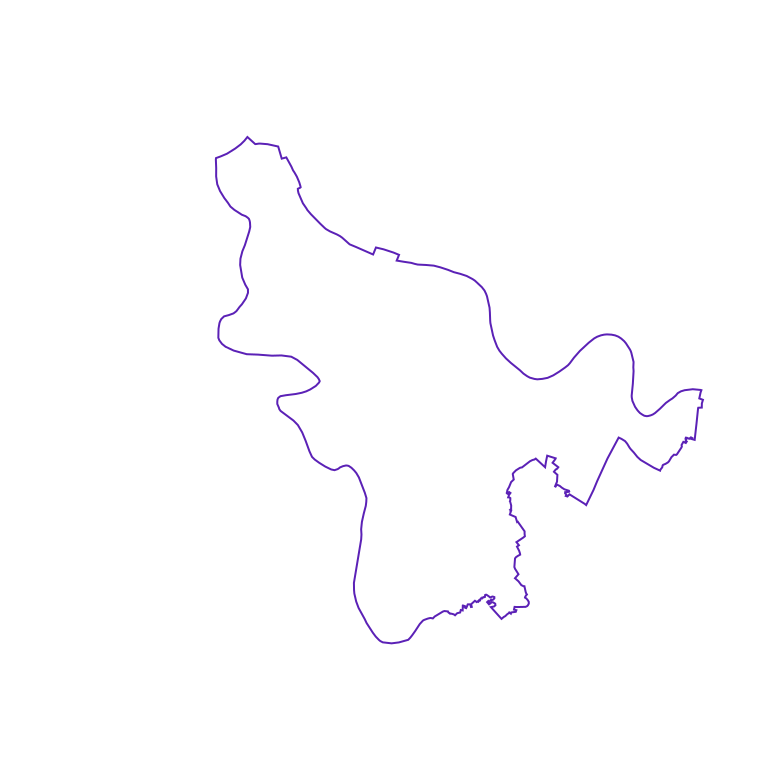 outline of Que Vo, Bắc Ninh, Vietnam, rotated 220°
{"feature_id": "81297802B29506934186430", "entity_name": "Que Vo", "entity_type": "district", "adm_level": 2, "iso_a3": "VNM", "parent_name": "Vietnam", "parent_adm1": "Bắc Ninh", "projection": "albers", "projection_center": [106.153, 21.145], "detail": "fine", "context": "isolated", "style": "outline", "palette": "violet", "viewbox_px": 768, "rotation_deg": 220, "n_neighbors": 0, "source": "geoboundaries", "source_scale": "gbopen_adm2", "svg_char_len": 6154}
<svg xmlns="http://www.w3.org/2000/svg" viewBox="0 0 768 768"><g transform="rotate(220 384 384)"><path d="M155.4,437.5L158.3,446.7L164.9,470.5L169.8,493.8L166.8,494.6L162.6,495.2L159.4,494.6L155.0,493.1L153.3,492.7L148.6,492.1L143.1,491.0L138.5,490.8L123.4,493.3L116.8,495.1L117.2,496.0L117.3,499.0L118.2,500.7L118.2,501.5L117.0,503.8L116.1,506.4L116.0,508.0L116.8,512.9L116.6,514.3L116.5,516.2L114.6,517.5L114.4,518.4L115.3,526.4L115.6,527.5L116.8,528.5L117.5,532.1L114.9,532.8L115.1,534.5L116.3,534.3L116.9,536.0L117.8,535.8L118.2,536.7L117.3,536.9L117.4,537.5L115.0,538.2L114.6,540.4L113.2,540.7L113.2,539.5L110.1,540.9L119.4,554.9L127.8,567.3L128.0,567.8L125.4,570.2L128.0,573.4L129.5,576.9L133.2,575.6L136.1,581.1L136.9,583.3L137.6,583.0L144.1,578.5L149.7,572.5L151.8,569.3L153.1,565.8L153.1,562.6L153.8,558.3L154.6,555.8L155.9,550.7L156.7,542.4L157.7,536.0L158.5,533.4L159.6,531.3L161.2,529.1L162.1,528.2L164.2,527.0L166.4,526.6L169.2,526.3L171.0,526.5L173.0,526.8L177.0,527.9L182.8,530.7L185.6,533.0L186.8,534.3L193.5,544.1L201.1,554.3L203.7,557.0L207.0,561.3L214.6,566.9L216.1,567.8L217.7,568.5L224.8,570.7L227.6,571.2L231.5,571.3L234.9,570.9L238.2,569.8L241.5,568.0L245.1,565.3L247.1,563.3L249.1,560.7L251.1,557.2L252.3,554.0L253.7,547.2L255.2,535.3L255.4,526.3L255.0,519.4L255.1,516.7L255.9,512.9L257.7,506.1L259.9,499.4L262.6,493.9L266.0,489.7L269.6,486.1L272.0,484.6L276.4,482.6L279.4,482.0L283.9,481.6L288.7,481.9L300.3,481.7L307.0,482.0L313.2,482.9L317.0,483.7L321.2,485.2L327.5,488.7L331.7,491.3L341.6,499.0L343.3,500.7L348.9,506.9L352.2,510.3L361.5,517.4L363.8,518.7L367.1,520.2L371.4,521.1L380.8,521.6L383.6,521.3L390.1,519.9L396.4,517.4L402.3,514.6L408.3,512.6L415.8,509.6L421.9,506.7L428.3,502.2L434.9,497.2L437.6,495.8L441.0,494.3L447.0,490.6L453.6,486.7L455.5,492.6L461.2,490.8L470.9,486.9L477.9,483.4L475.6,476.2L493.4,471.0L500.1,468.9L510.1,469.2L512.8,469.0L516.2,468.3L523.4,466.2L528.0,465.4L529.7,465.4L535.8,465.8L549.2,467.1L554.6,468.0L556.2,468.6L562.3,470.3L572.1,475.2L574.2,476.8L575.5,478.2L574.4,480.5L574.3,481.1L575.0,481.7L578.5,484.0L584.0,486.8L588.6,488.5L591.0,489.2L594.7,491.0L604.5,494.8L607.2,490.9L617.7,497.9L627.3,492.9L633.2,488.7L634.4,487.7L636.6,485.2L637.0,485.0L647.4,485.4L647.3,480.6L647.8,475.4L649.3,468.8L652.3,459.5L655.5,453.2L657.9,449.1L657.2,448.0L651.3,441.5L646.0,435.1L640.1,429.8L633.6,426.4L625.8,423.8L620.1,422.5L615.7,421.2L610.5,421.2L601.7,422.3L597.9,423.6L595.3,423.8L593.7,423.7L592.2,422.9L590.6,421.7L587.4,418.3L585.3,414.2L579.8,400.9L577.8,394.6L574.5,387.7L570.7,382.7L561.0,374.4L554.1,370.9L549.1,369.1L546.8,366.4L544.8,360.8L544.1,353.8L544.2,350.1L543.9,345.2L544.1,343.8L544.7,341.3L547.2,337.0L550.0,333.0L550.4,329.1L549.8,326.5L549.2,324.9L546.3,320.0L540.6,312.9L538.2,311.6L533.9,310.6L529.3,310.7L520.6,313.0L508.3,318.6L499.3,325.6L488.0,333.7L481.0,339.9L472.6,345.3L465.9,346.7L445.5,346.9L439.4,346.5L437.2,345.9L435.1,344.9L434.7,343.4L435.0,338.7L437.0,332.4L438.9,328.3L441.3,324.5L445.2,319.6L451.9,312.4L455.5,308.1L456.1,305.4L455.6,303.7L454.5,302.0L452.9,300.1L449.5,298.4L447.9,297.4L445.8,296.9L429.9,297.8L423.6,297.2L415.5,294.3L407.5,290.1L397.8,284.5L392.3,281.9L388.5,281.6L382.9,282.0L375.9,283.0L369.5,284.6L366.5,286.2L364.8,289.0L364.4,290.2L364.1,291.8L362.6,294.7L360.7,297.2L359.2,298.2L358.1,298.6L355.1,298.9L351.3,298.6L348.0,298.0L343.2,296.3L328.7,288.3L324.1,285.3L321.8,282.3L319.6,278.9L316.3,271.9L312.3,264.2L308.1,258.0L304.5,254.2L301.6,250.3L279.2,212.3L274.5,206.9L272.0,204.4L265.5,199.5L259.5,196.1L247.6,191.5L243.7,189.7L232.7,186.3L228.0,185.2L223.3,184.7L221.7,184.7L218.9,185.3L211.5,190.2L206.5,195.6L201.0,203.6L200.8,206.6L200.9,209.6L201.3,214.7L202.3,223.1L202.1,227.8L201.6,229.1L199.7,232.4L198.7,233.8L197.8,234.8L195.9,235.8L195.7,238.5L192.6,247.6L191.8,248.9L188.8,250.9L188.0,250.4L187.1,250.4L186.7,250.7L185.7,250.5L185.4,250.9L184.5,251.5L182.9,252.2L182.6,252.4L180.9,252.5L180.6,255.5L178.8,257.9L179.9,260.2L178.2,261.1L180.8,264.4L179.9,264.7L180.6,265.3L179.1,265.9L178.4,265.8L177.8,264.8L177.0,265.1L177.3,266.4L178.2,269.0L176.5,270.5L175.8,270.3L174.0,269.1L173.5,269.7L175.7,271.2L175.0,276.4L172.9,276.5L172.7,277.4L171.8,277.6L171.7,278.9L172.2,278.9L172.2,279.6L171.8,279.7L171.8,280.4L171.5,280.4L172.0,281.5L172.0,282.0L171.1,282.7L171.5,283.5L170.7,284.2L170.8,284.6L170.6,285.0L170.1,285.2L169.8,285.7L170.9,287.4L170.6,288.0L170.1,288.4L167.3,288.7L165.5,288.7L164.4,290.8L163.8,291.2L162.5,291.7L161.7,290.8L161.7,289.2L162.6,287.6L163.3,287.7L163.5,284.6L164.6,284.8L164.8,283.2L161.9,282.7L161.6,283.8L161.2,286.2L159.9,286.9L157.6,287.2L156.4,286.1L156.7,284.3L158.7,281.8L143.0,279.6L142.5,282.6L141.9,284.1L141.6,287.0L141.1,288.6L141.2,289.5L139.2,289.6L139.7,290.8L136.6,294.2L137.2,295.8L139.4,294.7L140.7,297.2L138.9,298.5L132.3,304.3L131.6,305.8L131.5,306.9L131.9,308.8L133.0,310.1L134.8,310.8L137.2,311.2L138.7,311.0L139.0,311.6L139.3,313.2L139.2,314.6L140.5,315.0L141.7,315.7L146.4,319.3L146.7,318.9L149.5,318.2L154.1,319.3L158.8,319.4L158.7,324.7L164.9,326.7L166.5,327.6L171.5,334.6L171.6,336.0L171.0,338.3L170.0,340.8L170.9,341.6L173.3,343.1L177.6,344.9L177.0,347.2L180.9,348.0L178.6,355.9L178.2,357.9L179.9,359.5L181.6,361.5L193.0,364.5L193.3,363.8L197.7,366.7L203.7,364.9L205.2,368.7L205.6,368.4L205.8,368.9L206.5,368.8L206.4,370.1L208.5,372.7L211.8,375.0L212.2,375.1L212.5,376.1L213.9,377.8L215.0,377.7L216.0,377.0L216.9,379.3L217.1,381.8L218.3,381.7L218.1,379.9L218.3,379.5L218.9,379.3L219.8,379.3L220.2,379.9L220.2,381.0L220.8,381.1L221.4,382.4L221.9,385.3L223.6,390.6L223.2,394.2L227.5,397.8L227.7,399.0L227.4,402.7L226.0,407.1L225.2,408.3L224.7,408.7L222.5,418.7L221.4,421.2L220.2,422.9L219.8,424.4L207.1,423.8L210.1,428.8L212.9,434.0L204.7,437.4L204.5,436.8L204.2,432.0L197.0,432.3L196.9,430.4L197.4,429.2L197.5,427.8L197.4,426.0L192.8,425.9L188.7,420.4L187.2,415.6L186.6,415.7L186.6,415.9L187.1,418.0L183.8,418.9L181.2,418.9L178.1,419.3L173.7,421.1L173.0,420.7L173.0,420.3L175.7,417.6L174.9,416.6L173.4,416.6L173.1,416.4L172.8,415.1L171.2,415.7L171.0,418.7L153.1,421.2L151.3,421.2L155.4,437.5Z" fill="none" stroke="#5b21b6" stroke-width="2"/></g></svg>